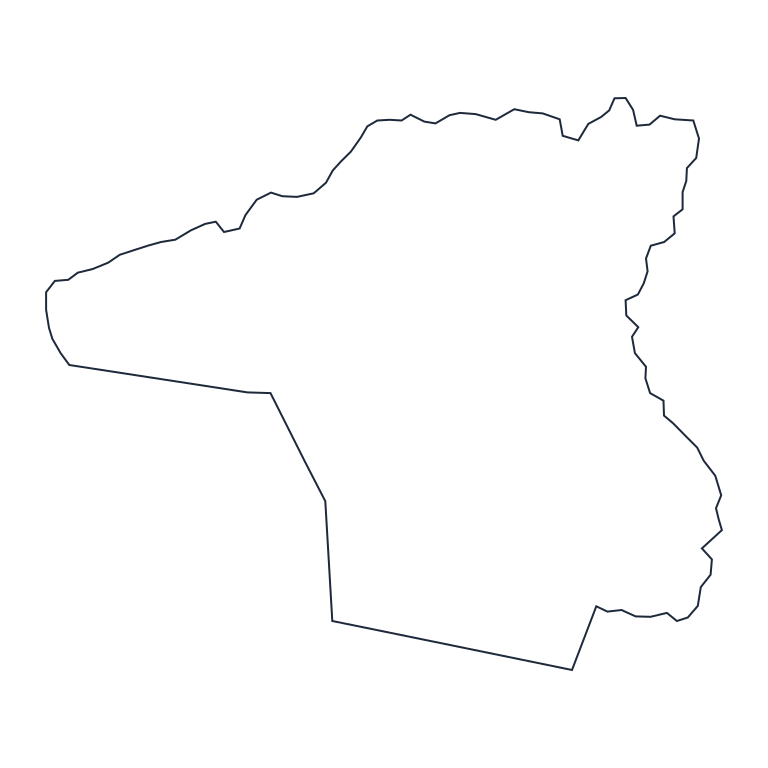 Igaracy, Paraíba, Brazil (Mercator projection)
{"feature_id": "56859067B32358496936618", "entity_name": "Igaracy", "entity_type": "district", "adm_level": 2, "iso_a3": "BRA", "parent_name": "Brazil", "parent_adm1": "Paraíba", "projection": "mercator", "projection_center": [-38.117, -7.159], "detail": "fine", "context": "isolated", "style": "outline", "palette": "slate", "viewbox_px": 768, "rotation_deg": 0, "n_neighbors": 0, "source": "geoboundaries", "source_scale": "gbopen_adm2", "svg_char_len": 1495}
<svg xmlns="http://www.w3.org/2000/svg" viewBox="0 0 768 768"><path d="M247.4,392.4L270.5,393.1L290.3,432.5L304.8,461.4L325.3,501.2L332.3,621.0L422.1,639.3L572.0,670.0L596.3,606.3L607.4,611.6L621.5,610.0L635.6,616.4L650.6,616.8L666.9,612.9L676.9,621.0L687.8,617.5L697.8,605.9L700.8,587.1L710.6,574.7L711.9,559.4L701.9,548.4L721.9,530.1L718.7,519.3L716.0,508.3L721.2,495.3L715.3,475.8L703.7,460.7L697.2,447.6L686.7,437.1L672.9,423.1L664.0,415.6L663.5,400.7L650.1,393.1L645.4,378.3L646.0,366.8L634.9,353.1L632.0,336.8L638.3,327.2L626.3,315.5L625.6,300.2L637.9,294.5L643.8,283.2L647.6,271.3L646.0,258.5L650.8,245.7L664.2,242.0L674.7,233.3L673.5,216.4L682.6,209.3L682.6,192.1L686.3,180.9L686.9,168.1L696.2,158.0L699.0,138.6L693.3,120.5L674.7,119.3L660.1,115.7L649.5,124.6L636.7,125.7L633.1,109.9L625.6,98.0L614.5,98.3L609.2,110.4L601.1,117.0L588.3,123.9L578.3,140.4L562.7,135.8L559.7,119.3L542.7,113.4L528.8,112.2L514.3,109.2L495.7,119.8L475.7,114.1L460.0,112.9L449.5,115.2L435.5,123.4L424.3,121.6L410.5,114.7L401.6,120.5L389.6,119.8L377.3,120.5L367.3,126.4L360.9,137.4L350.9,151.6L341.0,161.4L332.8,170.4L326.0,182.7L313.7,193.3L296.9,196.9L282.3,196.2L271.0,192.6L256.7,199.7L245.5,215.0L239.6,228.5L224.0,232.0L215.8,221.7L205.1,223.9L190.8,230.4L175.3,239.7L161.0,242.0L148.5,245.5L137.2,249.1L119.7,254.8L108.3,262.6L92.7,269.0L77.7,272.7L68.3,279.8L54.9,280.9L46.1,292.2L46.1,309.8L49.0,327.9L52.4,338.9L60.6,353.1L69.3,365.0L247.4,392.4Z" fill="none" stroke="#1e293b" stroke-width="2"/></svg>